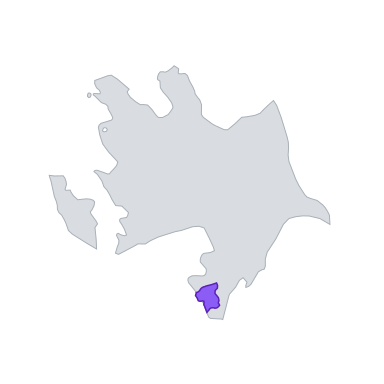 location of Lerik within Azerbaijan, rotated 17°
{"feature_id": "AZE-1709", "entity_name": "Lerik", "entity_type": "District", "adm_level": 1, "iso_a3": "AZE", "parent_name": "Azerbaijan", "parent_adm1": "", "projection": "albers", "projection_center": [48.478, 38.705], "detail": "fine", "context": "in_parent", "style": "filled", "palette": "violet", "viewbox_px": 384, "rotation_deg": 17, "n_neighbors": 0, "source": "natural_earth", "source_scale": "10m", "svg_char_len": 3923}
<svg xmlns="http://www.w3.org/2000/svg" viewBox="0 0 384 384"><g transform="rotate(17 192 192)"><path d="M258.7,305.0L257.2,304.9L246.6,307.5L244.4,306.7L235.4,295.1L233.5,293.9L229.6,293.3L227.4,291.4L225.5,288.3L224.5,286.0L215.2,279.7L213.8,277.5L213.6,275.4L215.0,273.6L216.6,272.1L221.1,270.6L226.4,269.3L228.1,268.3L229.0,266.6L229.0,264.0L228.1,261.4L220.5,256.6L219.7,254.5L219.5,252.0L219.9,249.3L221.1,247.3L227.3,244.5L230.6,241.6L228.5,238.4L221.9,231.0L214.1,222.8L208.8,222.7L202.8,225.0L193.0,231.9L187.6,234.8L180.6,239.6L172.8,245.0L166.5,250.7L162.5,255.4L155.5,257.4L151.9,261.3L140.0,273.1L136.7,272.9L136.6,266.9L136.9,262.2L136.2,259.5L132.5,255.6L132.5,254.0L133.5,253.1L136.4,253.7L140.2,253.6L142.0,252.2L138.1,247.2L134.6,243.8L131.7,241.5L131.0,240.1L131.0,239.2L131.7,238.1L136.9,235.5L137.4,233.0L137.2,230.2L129.1,226.0L123.0,227.3L117.7,222.6L114.3,218.9L110.1,215.0L106.3,212.8L102.7,207.9L96.4,202.8L92.3,201.2L92.4,200.5L93.2,199.6L94.9,198.9L106.4,199.4L107.8,198.6L108.6,196.5L110.2,193.4L112.2,188.8L112.2,184.9L100.8,178.3L92.7,172.3L87.2,164.5L83.5,157.4L83.7,155.1L84.9,152.9L94.0,146.8L94.6,145.2L94.5,144.0L91.4,140.7L87.6,137.2L86.4,134.6L83.9,133.3L79.2,133.0L71.0,128.6L69.3,128.1L68.9,127.3L69.4,126.5L75.3,125.0L75.3,123.6L73.6,121.7L70.3,120.3L67.3,116.9L66.4,113.8L77.4,105.5L80.6,103.9L87.5,105.8L101.8,112.0L100.7,115.1L102.2,117.0L105.4,119.5L111.8,122.2L117.1,123.6L119.9,122.6L124.1,121.8L129.5,124.8L134.4,128.5L136.8,130.0L138.2,130.5L142.0,129.4L146.7,124.8L148.6,119.2L149.1,116.5L146.5,112.7L141.2,108.5L135.1,104.8L131.3,101.6L128.9,95.3L126.4,94.6L125.8,93.7L125.4,91.6L125.6,88.7L126.5,86.4L129.0,85.5L131.5,85.2L133.8,83.1L136.7,78.9L138.0,76.5L143.2,78.0L143.9,81.8L144.8,82.7L147.0,82.2L150.7,80.7L153.6,82.0L157.2,86.6L162.3,91.5L165.1,94.8L166.1,97.0L168.8,99.2L172.6,101.8L175.6,105.8L178.3,115.1L181.0,117.3L191.1,120.9L194.6,121.7L204.5,123.0L207.9,122.1L213.1,114.2L217.7,106.0L221.9,104.3L229.6,100.4L234.2,96.7L236.2,92.6L240.5,85.0L243.2,80.7L247.7,84.5L255.6,94.8L266.9,111.6L269.6,116.3L271.5,121.8L273.1,128.5L275.7,134.4L287.3,149.2L292.4,154.6L300.6,161.6L303.5,163.2L307.3,163.5L314.2,163.5L320.7,166.1L323.9,168.0L327.2,170.8L330.2,174.0L333.4,182.7L322.1,180.0L310.9,180.7L304.5,182.6L298.4,185.3L292.5,189.0L288.9,196.0L285.9,212.4L281.5,227.6L281.7,234.7L283.8,241.4L283.6,244.7L281.5,246.0L278.8,248.9L275.4,263.0L273.7,265.8L271.4,267.5L270.8,265.9L270.9,262.2L265.9,259.0L263.2,262.6L261.5,270.3L257.8,278.5L257.6,280.0L258.7,305.0ZM92.2,159.2L92.8,157.0L91.4,156.0L89.9,155.9L88.6,156.9L88.5,159.7L90.3,160.2L92.2,159.2ZM53.0,221.4L51.3,219.0L50.6,217.8L55.7,216.9L64.1,214.2L66.3,215.8L68.6,218.9L69.8,221.6L69.8,226.5L70.8,227.3L74.9,225.8L76.6,227.8L79.7,230.3L85.0,232.8L93.0,229.4L96.9,228.6L100.1,228.8L101.8,230.0L102.3,233.8L101.5,238.4L100.5,240.9L102.1,242.8L108.4,247.5L111.0,250.1L109.6,254.4L114.1,265.1L115.6,269.2L117.4,274.4L107.6,272.1L89.9,267.3L85.1,265.0L80.7,258.9L78.1,256.0L74.1,252.2L70.9,250.7L68.4,248.0L67.1,244.2L65.1,240.8L61.7,236.6L54.0,222.8L53.0,221.4ZM66.8,131.2L65.7,131.9L64.1,131.1L63.7,129.4L63.9,127.7L65.5,127.3L66.8,127.9L67.2,129.5L66.8,131.2Z" fill="#d9dde1" stroke="#a8b0b8" stroke-width="1"/><path d="M231.5,294.2L229.9,294.2L229.0,293.3L228.2,292.1L225.7,290.1L225.6,289.0L225.8,287.7L225.6,286.8L226.7,286.2L227.4,285.1L228.1,284.2L228.4,282.8L228.9,281.5L229.7,280.4L230.7,279.4L231.9,278.7L232.9,277.8L237.6,275.0L242.1,271.8L243.8,273.9L244.4,276.6L243.0,279.4L243.6,282.3L245.9,283.8L248.1,285.3L248.9,286.7L249.6,288.1L249.5,289.3L249.6,290.5L250.6,291.2L251.5,292.2L250.9,293.8L249.8,295.4L248.7,296.1L247.6,296.5L246.4,296.4L245.2,296.8L244.1,297.4L243.2,298.3L242.8,299.8L242.1,301.2L241.5,302.8L240.2,301.2L239.4,300.1L238.6,299.2L237.7,297.8L236.9,297.1L236.2,296.2L235.9,294.5L235.3,293.0L234.1,293.0L231.5,294.2Z" fill="#8b5cf6" stroke="#5b21b6" stroke-width="1.5"/></g></svg>